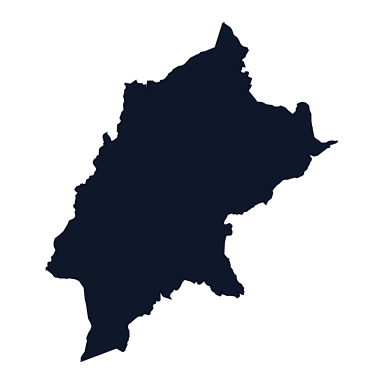 the district of Chiquilistlán, Jalisco, Mexico
{"feature_id": "50627088B99358381769751", "entity_name": "Chiquilistlán", "entity_type": "district", "adm_level": 2, "iso_a3": "MEX", "parent_name": "Mexico", "parent_adm1": "Jalisco", "projection": "robinson", "projection_center": [-103.888, 20.08], "detail": "fine", "context": "isolated", "style": "filled", "palette": "ink", "viewbox_px": 384, "rotation_deg": 0, "n_neighbors": 0, "source": "geoboundaries", "source_scale": "gbopen_adm2", "svg_char_len": 5918}
<svg xmlns="http://www.w3.org/2000/svg" viewBox="0 0 384 384"><path d="M223.8,23.0L223.0,23.4L215.3,47.8L205.4,51.8L200.8,52.8L200.1,53.8L190.9,58.2L184.9,64.6L182.9,65.8L180.7,66.5L178.7,66.6L173.4,69.9L172.5,71.6L168.8,74.2L167.9,76.2L165.1,79.3L163.5,80.2L162.7,81.4L161.9,80.4L161.1,80.9L160.7,80.8L160.3,82.0L159.7,82.6L158.6,82.8L158.1,82.5L157.4,83.4L155.6,84.0L155.3,83.6L155.7,82.9L155.5,82.7L153.8,82.5L152.6,81.3L147.7,81.4L147.6,88.0L146.2,87.8L145.7,87.2L145.8,85.0L143.4,86.0L142.5,84.4L141.6,83.8L138.5,84.0L136.5,82.6L135.9,80.7L130.7,84.3L127.5,84.0L126.0,83.4L125.2,83.7L125.0,84.3L126.5,85.7L126.4,87.1L126.9,88.5L126.7,88.8L125.6,89.2L125.0,90.1L124.9,92.9L123.8,96.5L124.5,97.9L124.4,98.6L125.0,101.2L123.8,104.1L124.2,110.4L122.1,112.4L121.3,115.3L120.4,117.1L120.4,118.7L121.3,119.6L121.7,120.9L120.4,123.2L117.9,124.9L117.5,131.3L119.1,132.6L117.9,136.1L118.3,137.5L113.3,141.3L110.5,141.5L110.4,139.9L109.5,137.5L106.6,134.1L106.7,133.0L104.2,134.3L103.3,136.0L103.4,138.1L104.0,139.2L104.0,140.7L104.7,141.8L104.9,143.1L103.9,143.4L104.2,145.6L103.8,146.5L102.7,146.6L101.9,147.2L101.7,148.2L100.4,148.1L99.8,149.4L99.4,155.6L97.2,156.3L96.9,158.0L96.0,159.0L95.1,159.0L93.6,161.5L93.5,163.2L96.6,167.8L97.0,169.4L96.6,170.5L97.1,170.6L95.4,171.8L94.0,175.8L90.1,176.5L89.9,178.6L86.9,180.1L86.0,184.3L82.3,184.9L82.2,184.2L81.2,184.4L80.0,186.0L76.9,186.9L75.2,189.2L75.7,190.5L78.0,192.1L78.0,193.6L76.7,195.0L76.6,196.2L76.1,196.0L76.4,198.3L75.5,201.8L75.7,202.9L75.3,204.1L74.6,205.0L73.9,205.3L74.3,207.3L76.0,208.7L76.2,209.3L75.4,212.4L76.1,215.9L75.8,216.8L74.2,219.0L69.6,221.1L68.3,224.4L64.0,231.6L60.0,235.3L55.3,238.9L54.5,241.9L54.3,244.0L54.5,246.5L55.9,249.1L56.1,250.4L54.1,254.9L51.8,257.3L51.8,258.4L52.4,260.3L51.8,261.8L51.1,262.2L48.4,262.6L48.2,263.0L48.2,267.1L47.6,267.6L46.5,267.6L46.4,269.6L48.8,270.2L49.2,271.1L50.0,271.2L50.8,272.4L51.8,272.5L52.0,273.2L53.1,274.3L54.2,275.9L55.4,276.8L59.0,277.2L60.4,277.9L62.6,277.6L67.2,278.1L69.2,277.5L72.4,278.2L74.3,278.3L77.5,279.4L79.9,281.0L83.0,285.8L84.4,287.4L85.5,299.3L86.6,303.4L88.8,318.3L91.0,322.5L92.3,326.2L91.0,330.0L88.8,333.6L87.0,338.2L87.5,339.5L87.7,342.1L87.1,343.0L85.3,351.9L81.9,356.9L81.4,358.4L81.5,360.0L81.3,361.0L116.6,347.7L122.2,351.1L123.4,351.2L123.8,350.4L124.4,350.3L124.1,349.7L125.2,348.6L125.7,346.7L126.2,346.0L126.0,345.4L126.6,345.2L126.7,344.3L126.4,343.9L126.9,341.5L126.6,341.1L126.7,340.5L127.5,340.7L127.9,340.2L128.2,339.2L127.9,338.7L128.0,337.6L128.5,337.1L128.5,336.3L128.8,336.4L128.6,330.6L128.0,330.3L127.8,328.9L127.1,327.8L127.4,327.0L127.3,325.4L128.6,323.3L131.0,321.9L131.3,321.3L136.5,316.9L139.0,315.6L141.8,315.8L143.2,314.2L144.2,313.6L146.2,313.6L147.7,314.3L149.2,314.3L149.6,314.0L150.1,311.4L152.6,308.6L152.6,307.5L152.1,306.5L152.4,304.8L153.4,303.7L154.9,303.2L155.4,302.7L155.4,300.3L156.0,300.3L157.0,299.4L157.4,300.6L158.4,300.8L159.3,300.5L159.9,299.8L159.6,293.2L160.4,290.9L162.7,295.2L164.0,296.4L170.5,298.5L169.0,296.2L170.0,293.6L171.0,292.2L172.7,290.8L173.5,288.2L175.8,289.7L177.5,289.5L179.9,286.2L181.6,282.2L182.8,281.0L183.5,279.7L185.5,279.2L187.9,280.2L189.5,280.1L190.0,280.6L191.9,281.4L194.3,282.9L195.7,281.1L197.1,281.1L198.1,283.7L199.8,284.0L203.5,280.9L205.4,280.8L205.5,282.6L207.4,284.7L209.9,285.4L210.6,286.4L212.0,290.0L212.7,290.8L214.9,292.2L216.3,294.0L219.9,295.6L221.1,294.7L221.7,293.3L221.7,292.3L223.3,293.8L226.9,295.1L228.2,295.4L229.6,295.0L235.2,295.7L237.1,297.5L237.5,297.4L237.6,296.5L238.5,296.7L239.4,295.8L237.9,291.9L242.4,294.2L243.3,294.1L243.3,292.8L243.7,291.8L243.0,290.1L243.4,288.2L240.9,284.4L238.4,283.0L236.9,281.0L236.0,278.6L235.8,275.8L234.2,274.6L232.7,272.0L232.0,269.9L229.9,267.3L229.9,264.9L229.1,261.7L228.4,260.8L228.5,259.0L227.4,258.9L223.6,254.3L224.2,242.0L225.8,235.3L227.9,234.8L228.3,235.0L230.7,234.7L231.5,234.0L231.8,231.7L230.9,229.4L230.9,228.0L231.7,226.6L231.6,225.4L229.5,223.7L226.2,225.1L224.5,225.3L223.5,223.9L223.1,222.7L224.0,220.5L226.5,216.5L227.1,214.6L228.3,213.4L229.0,213.9L230.2,212.8L230.6,213.1L231.5,212.8L232.0,213.1L233.0,212.8L233.3,213.6L233.8,213.8L234.0,213.3L235.0,213.0L236.3,213.9L237.4,214.0L239.4,213.2L241.3,214.1L242.1,213.9L243.1,212.1L244.1,211.3L246.7,211.0L247.6,210.0L250.3,208.5L250.9,207.4L253.6,206.6L254.0,205.1L257.5,203.6L258.3,202.9L261.3,202.2L262.3,201.3L263.2,201.5L265.9,204.2L267.4,200.8L271.0,197.9L272.3,193.7L272.4,192.7L271.8,190.9L272.6,189.3L276.5,184.8L279.4,182.7L281.3,180.7L282.7,179.6L284.2,179.0L288.1,179.0L289.8,178.2L295.6,176.7L296.2,176.9L296.3,177.4L297.6,177.2L302.6,174.8L303.2,174.1L303.8,171.1L306.2,169.4L307.0,168.1L307.4,166.5L308.7,164.7L309.6,162.1L311.0,160.1L311.2,158.6L310.1,157.1L308.0,155.4L310.6,154.5L312.0,154.8L313.9,155.9L314.9,155.6L315.5,155.0L316.4,155.3L317.2,155.1L327.0,147.5L329.5,147.0L329.5,146.3L328.8,145.5L328.9,144.9L335.7,142.7L337.6,141.2L334.4,141.8L332.8,141.2L329.3,141.5L327.3,142.7L325.2,143.4L320.7,143.3L319.7,141.9L314.7,138.5L313.7,137.3L312.2,130.2L311.9,127.4L311.5,126.7L310.7,121.1L310.6,113.7L309.6,112.2L309.3,110.5L308.9,110.1L308.7,107.5L308.2,105.6L305.4,103.2L302.5,102.7L300.4,103.0L297.7,104.2L297.5,105.4L298.0,106.0L298.1,106.9L296.8,108.1L296.4,109.6L296.6,111.2L292.7,115.0L287.2,110.4L285.3,108.3L280.9,106.3L278.4,107.3L274.1,107.2L272.0,105.7L266.6,105.1L262.2,102.9L258.1,102.3L256.5,102.5L255.6,100.3L247.9,91.0L248.4,90.5L248.6,89.2L249.2,88.8L251.0,85.5L249.2,85.4L251.3,78.7L247.0,76.8L248.3,73.2L248.0,72.4L247.3,72.1L247.0,72.9L245.9,72.0L245.4,73.0L243.3,73.5L241.9,73.1L239.7,71.1L241.4,69.1L241.4,66.8L242.0,66.3L244.7,66.6L243.1,61.9L241.5,61.8L241.4,59.8L241.9,58.8L244.9,56.7L245.4,55.0L245.0,54.9L245.2,54.2L246.1,53.6L248.1,50.3L247.1,48.8L247.1,48.1L243.4,47.2L242.1,46.5L240.2,44.6L238.4,40.6L236.8,37.9L233.2,35.4L231.8,31.0L230.3,28.2L223.9,23.8L223.8,23.0Z" fill="#0f172a" stroke="#020617" stroke-width="1.5"/></svg>